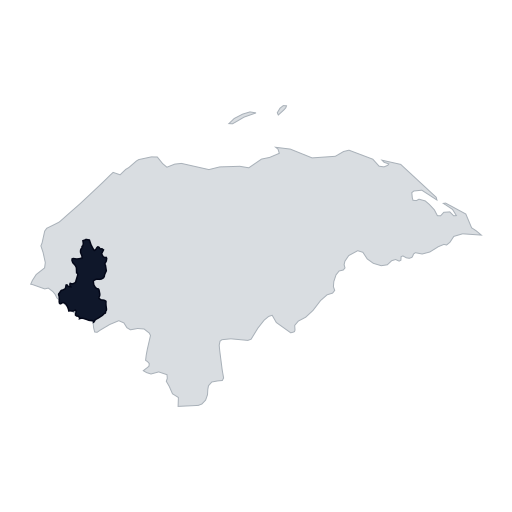 Lempira highlighted on a map of Honduras
{"feature_id": "HND-652", "entity_name": "Lempira", "entity_type": "Department", "adm_level": 1, "iso_a3": "HND", "parent_name": "Honduras", "parent_adm1": "", "projection": "natural_earth1", "projection_center": [-88.611, 14.455], "detail": "fine", "context": "in_parent", "style": "filled", "palette": "ink", "viewbox_px": 512, "rotation_deg": 0, "n_neighbors": 0, "source": "natural_earth", "source_scale": "10m", "svg_char_len": 4751}
<svg xmlns="http://www.w3.org/2000/svg" viewBox="0 0 512 512"><path d="M481.3,235.1L462.6,233.8L453.8,236.4L449.9,242.3L446.6,245.0L443.9,244.4L438.3,246.7L429.8,252.0L422.2,254.0L415.4,252.7L413.5,254.0L412.9,255.7L411.9,257.4L409.3,258.3L406.3,257.8L402.9,255.9L401.1,256.7L400.9,260.2L399.1,261.1L395.6,259.5L391.7,260.7L387.3,264.8L381.2,265.7L373.3,263.3L367.2,258.9L362.9,252.3L357.7,250.7L348.7,255.6L344.9,261.2L344.1,264.7L345.0,267.9L343.3,270.0L339.1,271.0L336.0,274.9L333.8,281.6L333.4,286.7L334.7,290.4L332.6,293.1L327.1,294.8L320.6,300.5L313.1,310.3L305.7,317.2L298.3,321.1L294.7,325.4L295.0,330.1L294.5,331.6L293.1,332.2L290.7,332.8L276.3,322.5L272.2,315.3L268.7,316.4L264.2,320.1L257.9,328.1L251.1,339.2L247.8,340.4L230.8,338.8L221.9,339.7L220.0,341.2L219.2,345.2L219.7,350.6L222.2,370.0L223.6,378.0L222.3,380.5L217.7,380.9L211.8,382.0L208.5,385.7L207.8,389.4L207.5,394.7L205.6,400.1L201.9,404.0L198.3,405.4L178.1,406.4L178.4,397.5L172.5,393.8L169.2,386.3L166.3,381.3L167.3,378.3L167.0,374.7L158.7,371.9L151.0,374.0L146.6,372.6L143.3,370.7L148.9,366.3L149.3,363.6L147.5,361.6L145.6,360.3L146.2,355.3L147.3,349.4L150.5,335.5L149.3,333.1L144.1,329.0L137.6,328.5L130.4,329.8L126.9,327.7L123.9,322.9L118.8,320.7L109.7,324.5L100.1,330.2L97.1,332.3L94.7,332.0L93.6,327.7L93.1,322.6L92.5,321.4L87.4,319.6L81.4,318.3L78.3,316.9L75.4,313.4L68.3,309.0L66.6,305.7L57.0,298.1L55.1,294.3L52.9,291.6L48.3,288.1L44.7,288.9L32.6,284.6L30.7,284.2L32.4,280.4L36.2,274.5L44.6,267.9L45.3,262.6L43.1,252.5L40.9,245.9L42.1,242.9L44.7,231.1L46.7,228.3L58.8,222.3L59.9,221.5L69.4,213.1L80.0,203.8L91.0,193.5L103.2,182.0L110.0,175.3L113.1,172.4L120.1,174.8L125.7,169.4L128.9,167.5L136.4,161.0L138.7,159.6L151.3,156.9L157.3,157.0L162.6,163.6L166.9,167.2L174.8,164.1L181.4,163.4L208.9,169.6L219.8,166.9L239.8,166.3L248.8,167.8L261.5,159.1L269.7,157.4L279.3,153.3L278.0,149.1L275.7,147.3L290.3,149.1L312.1,157.9L335.3,156.3L343.6,151.5L349.0,150.2L372.8,159.2L379.1,166.2L384.0,166.9L387.8,165.3L388.8,163.9L384.1,162.3L382.0,160.2L400.7,164.4L436.2,197.3L436.9,200.0L421.8,190.2L413.9,191.0L411.8,192.6L412.3,197.9L413.0,200.3L416.4,200.6L419.0,199.2L425.2,200.9L429.3,204.4L434.4,209.9L437.4,215.7L440.6,215.8L443.8,212.3L449.8,211.9L453.7,215.8L456.4,215.6L452.5,209.4L443.4,203.4L445.6,203.1L465.8,214.0L471.6,227.8L476.3,230.9L481.3,235.1ZM244.1,117.1L232.5,123.8L228.9,123.6L234.2,118.5L242.7,114.1L250.0,111.9L256.0,112.9L244.1,117.1ZM283.8,110.0L278.3,115.0L277.3,112.7L280.0,108.2L283.3,105.6L286.5,105.8L285.8,107.8L283.8,110.0Z" fill="#d9dde1" stroke="#a8b0b8" stroke-width="1"/><path d="M60.2,303.8L59.5,303.3L59.3,302.4L59.2,301.7L59.3,299.4L59.2,296.7L58.6,294.6L58.7,293.9L59.0,293.5L59.5,293.0L59.9,292.4L60.5,291.3L61.0,290.7L61.5,290.3L62.6,290.1L65.0,288.9L65.4,288.2L65.8,287.0L65.9,285.9L66.1,285.0L66.5,284.9L67.0,284.9L67.7,285.8L68.1,286.3L69.0,286.7L70.8,286.7L69.9,285.3L69.9,284.9L69.9,284.3L70.1,283.5L70.2,283.3L70.3,283.3L70.8,283.6L72.4,283.9L74.5,283.1L75.0,282.7L75.4,282.3L75.7,282.0L75.9,281.0L77.8,274.7L77.5,273.3L77.3,273.2L76.6,272.9L76.4,267.7L75.6,266.0L75.0,265.1L72.8,262.7L72.0,260.5L72.0,260.1L72.1,258.9L73.2,258.5L76.8,259.0L79.4,258.7L81.5,258.1L82.1,258.0L82.1,257.5L82.1,257.0L81.8,255.5L81.0,253.6L80.6,252.6L80.5,251.3L80.6,250.2L80.8,249.5L81.1,248.9L81.5,248.4L82.0,247.7L82.2,247.3L82.0,246.4L83.0,245.6L83.3,243.4L82.9,240.7L85.5,239.8L86.0,239.4L89.4,240.0L91.0,244.8L93.0,248.6L94.3,250.5L94.9,250.3L96.0,249.2L96.8,247.8L97.6,246.9L98.2,246.9L99.0,247.3L99.2,247.5L100.1,248.9L102.0,248.8L103.5,249.9L101.5,253.9L101.9,254.4L103.1,256.7L104.1,257.3L105.3,257.5L106.2,257.4L106.7,258.4L106.3,261.0L104.7,263.9L105.5,265.5L106.3,270.8L104.9,273.8L104.4,275.4L104.3,276.4L103.5,277.8L101.5,279.0L99.8,279.3L96.5,279.2L94.7,279.9L93.5,280.8L93.3,281.4L93.8,284.9L95.2,287.2L96.7,288.6L98.3,288.9L98.6,289.2L99.0,289.9L99.8,294.1L99.7,295.7L99.0,297.4L98.9,298.0L99.1,298.5L99.5,298.8L99.9,299.1L100.3,299.3L100.8,299.6L101.2,299.9L101.5,300.0L101.8,300.1L102.2,300.0L102.6,300.0L103.0,300.0L104.6,300.4L105.9,301.2L106.0,302.1L105.9,302.5L105.9,303.3L105.9,303.6L106.0,305.5L106.5,309.2L106.3,310.4L106.1,310.7L105.7,311.1L105.6,311.5L105.5,312.0L105.5,312.7L105.3,313.1L105.1,313.2L104.8,313.3L104.1,313.6L102.5,315.3L98.4,318.0L96.1,319.2L94.8,320.3L94.6,320.7L94.6,320.9L93.8,322.1L93.6,322.2L93.7,321.7L93.1,321.0L92.4,320.6L89.2,320.4L83.7,318.4L81.8,318.2L80.0,318.5L79.5,318.7L79.6,318.2L79.4,317.4L79.0,316.9L78.5,316.4L78.2,316.2L76.6,316.0L75.5,315.1L75.5,313.9L76.0,312.5L76.0,311.1L75.5,310.1L74.9,310.2L74.1,310.7L73.2,311.1L70.1,310.8L68.8,311.0L68.3,308.6L67.2,306.1L65.7,303.9L63.9,302.6L62.8,302.6L61.7,303.1L60.9,303.7L60.2,303.8Z" fill="#0f172a" stroke="#020617" stroke-width="1.5"/></svg>